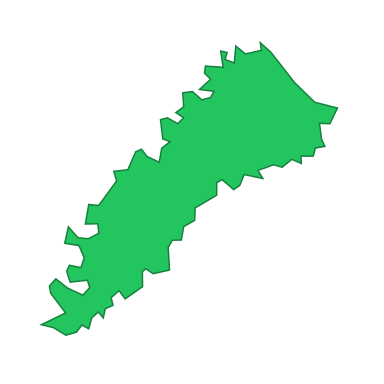 King William, Virginia, United States of America, rotated 96°
{"feature_id": "52423323B734450842646", "entity_name": "King William", "entity_type": "district", "adm_level": 2, "iso_a3": "USA", "parent_name": "United States of America", "parent_adm1": "Virginia", "projection": "mercator", "projection_center": [-77.062, 37.714], "detail": "fine", "context": "isolated", "style": "filled", "palette": "green", "viewbox_px": 384, "rotation_deg": 96, "n_neighbors": 0, "source": "geoboundaries", "source_scale": "gbopen_adm2", "svg_char_len": 1418}
<svg xmlns="http://www.w3.org/2000/svg" viewBox="0 0 384 384"><g transform="rotate(96 192 192)"><path d="M36.4,139.7L43.8,137.8L49.1,153.2L42.3,163.7L59.2,163.4L56.8,173.0L49.7,171.6L48.8,178.2L64.7,174.0L65.4,191.8L72.4,192.0L77.9,185.3L89.2,195.2L89.6,180.7L96.1,183.4L99.3,192.0L92.0,202.1L94.3,211.5L108.1,209.2L114.7,216.4L119.0,208.1L125.5,213.3L120.8,224.2L123.3,230.9L142.3,226.6L144.2,219.1L151.7,226.7L165.8,227.7L161.4,240.4L154.7,246.7L157.9,252.2L176.6,258.2L179.6,272.0L188.8,268.1L215.2,283.4L215.2,293.4L235.0,294.7L233.4,282.3L242.9,280.4L249.3,290.3L249.4,300.6L239.6,311.3L256.3,313.2L257.1,298.8L268.7,292.3L278.8,294.5L277.7,306.2L283.9,308.4L294.4,303.7L290.7,286.8L297.8,283.7L306.0,289.8L300.4,306.0L292.6,318.3L300.4,324.0L307.4,322.0L325.5,305.1L339.7,327.9L341.4,315.6L347.6,302.4L343.5,292.3L335.8,287.6L338.8,280.4L327.6,278.5L321.2,272.7L326.5,267.1L317.1,266.0L312.9,258.7L305.6,261.4L297.7,254.2L305.3,247.3L291.3,231.3L276.4,233.0L273.2,229.9L277.3,222.1L272.0,206.2L249.6,209.9L242.0,206.5L240.9,197.6L227.2,196.6L220.0,186.4L207.5,187.2L192.6,167.1L180.2,168.4L176.6,163.3L185.3,150.8L180.4,145.2L169.2,141.9L171.2,123.0L163.6,128.7L156.4,113.7L157.9,104.9L149.1,96.1L152.2,86.3L144.9,87.4L143.7,75.2L135.4,73.9L132.7,64.6L126.2,68.6L110.4,72.4L109.7,62.0L93.2,56.1L92.4,62.6L89.9,79.3L72.5,101.4L44.7,128.2L36.4,139.7Z" fill="#22c55e" stroke="#15803d" stroke-width="1.5"/></g></svg>